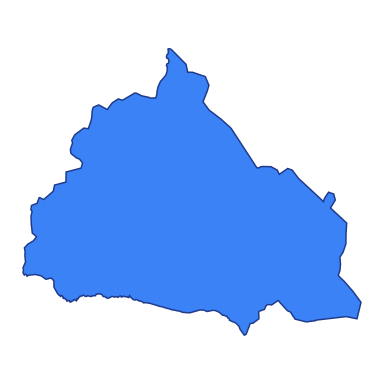 Kirfi, Bauchi, Nigeria
{"feature_id": "59680162B60638866528984", "entity_name": "Kirfi", "entity_type": "district", "adm_level": 2, "iso_a3": "NGA", "parent_name": "Nigeria", "parent_adm1": "Bauchi", "projection": "natural_earth1", "projection_center": [10.416, 10.451], "detail": "fine", "context": "isolated", "style": "filled", "palette": "blue", "viewbox_px": 384, "rotation_deg": 0, "n_neighbors": 0, "source": "geoboundaries", "source_scale": "gbopen_adm2", "svg_char_len": 5619}
<svg xmlns="http://www.w3.org/2000/svg" viewBox="0 0 384 384"><path d="M357.0,318.8L361.0,302.3L357.3,297.3L352.9,291.3L344.0,281.1L339.8,277.2L338.3,275.3L339.9,270.6L340.5,264.4L339.9,257.2L343.0,252.4L345.9,243.9L346.0,234.4L346.0,234.2L346.4,227.6L346.5,225.8L346.7,223.1L330.5,208.0L335.3,200.0L333.7,194.0L328.6,192.2L324.5,198.3L323.5,201.6L298.5,178.4L292.2,170.1L287.7,168.5L279.3,174.3L277.3,170.1L271.0,166.7L267.1,166.6L263.5,166.5L260.8,166.7L258.7,168.0L256.8,167.7L231.1,128.3L221.3,119.4L209.1,110.1L203.0,101.8L207.2,91.2L208.9,85.3L205.3,76.6L192.6,72.3L187.7,72.2L186.0,64.3L171.5,49.6L169.9,48.8L168.3,48.8L167.9,49.4L168.2,50.2L168.5,51.0L168.1,51.9L168.5,52.6L168.0,53.9L167.4,54.1L166.9,55.1L166.5,56.2L166.5,57.4L166.9,58.1L167.5,58.2L168.3,58.7L168.4,59.7L168.9,60.5L168.9,61.3L168.7,62.4L168.3,63.5L167.7,63.5L167.2,63.6L166.7,64.5L166.4,65.4L167.3,67.5L167.1,71.3L166.0,74.8L163.6,78.0L160.6,81.2L159.7,83.1L158.0,87.0L157.1,91.1L156.9,94.0L155.8,97.9L150.5,98.1L149.0,97.4L141.6,95.8L136.7,93.3L135.3,93.1L134.8,93.0L122.4,100.3L118.4,98.9L112.4,102.7L107.2,109.5L98.7,104.9L93.2,107.3L92.2,110.7L91.7,118.1L90.5,122.4L88.3,128.7L83.8,128.1L77.3,132.9L74.6,135.0L71.8,140.4L72.6,142.9L70.4,149.2L70.8,153.0L71.9,154.3L76.6,158.0L79.5,159.1L82.5,162.9L81.1,168.1L66.1,172.0L65.9,182.1L54.6,185.0L53.3,191.2L49.5,194.5L47.2,196.5L43.7,199.5L41.8,198.6L39.5,197.6L39.3,197.6L39.2,197.6L37.1,203.3L31.5,205.5L30.9,209.7L32.1,211.6L31.0,216.1L31.3,224.2L32.3,233.1L34.6,235.0L36.5,237.0L33.2,241.0L27.9,244.1L24.4,247.8L25.1,251.6L24.9,255.6L25.5,262.0L23.0,267.8L23.3,268.9L23.4,270.7L23.1,271.7L23.1,273.1L23.8,274.2L24.3,275.0L25.0,274.3L25.5,274.1L26.4,274.7L26.6,275.7L27.1,276.2L28.6,275.2L35.3,274.5L41.1,275.8L46.0,279.3L49.1,278.5L51.3,278.1L53.9,280.9L54.0,287.3L57.5,293.5L58.2,294.3L58.9,295.1L59.5,295.5L59.8,295.7L60.5,295.5L60.5,296.0L60.6,296.4L60.9,296.2L61.0,295.9L61.3,295.5L61.6,295.7L62.1,296.0L62.5,296.1L62.9,296.6L62.8,297.1L62.9,297.5L63.2,297.4L63.5,297.6L63.5,298.0L63.5,298.4L64.1,298.6L64.7,298.5L65.1,298.5L65.3,298.9L65.6,299.3L66.1,299.5L66.4,299.6L66.5,299.7L66.6,300.0L66.6,300.5L66.7,300.8L66.9,301.1L67.1,301.1L67.5,300.9L67.8,300.9L68.2,300.7L68.4,300.7L68.5,300.6L68.8,300.5L69.2,300.6L69.4,300.8L69.5,301.0L69.6,301.3L69.9,301.2L70.1,301.3L70.0,301.6L70.1,301.9L70.2,302.1L70.8,302.0L71.3,301.7L71.8,301.4L72.3,301.1L72.9,300.9L73.2,300.6L73.5,300.3L73.5,300.0L73.6,299.7L73.8,299.6L74.1,299.6L74.3,299.7L74.7,299.9L75.2,300.1L75.4,300.3L75.6,300.4L75.8,300.6L76.1,300.8L76.3,300.9L76.5,300.7L76.9,300.2L77.0,299.9L76.9,299.6L76.7,299.4L76.7,299.2L76.7,298.8L77.0,298.9L77.4,298.7L77.7,298.7L77.9,298.8L78.3,298.7L78.5,298.5L78.5,298.3L78.5,297.9L78.6,297.6L78.7,297.3L78.9,297.1L79.2,297.1L79.4,297.0L79.7,296.9L79.7,296.7L79.8,296.4L79.9,296.2L80.1,296.1L80.3,296.0L80.6,296.1L80.9,296.1L81.3,296.1L81.7,296.1L82.0,296.0L82.3,295.8L82.5,295.6L82.7,295.4L82.9,295.3L83.2,295.2L83.5,295.2L83.8,295.3L84.1,295.4L84.3,295.6L84.4,295.8L84.6,296.0L84.8,296.1L85.0,296.2L85.2,296.4L85.5,296.4L85.8,296.4L86.2,296.3L86.4,296.4L86.7,296.4L86.8,296.2L87.0,296.0L87.2,295.9L87.4,295.7L87.6,295.8L87.9,295.9L88.2,295.9L88.6,295.9L88.8,296.0L89.1,296.0L89.3,296.1L89.6,296.2L89.8,296.4L90.1,296.4L90.4,296.4L90.7,296.4L90.8,296.5L91.0,296.5L91.2,296.3L91.4,296.4L91.5,296.4L91.7,296.2L92.0,296.1L92.3,295.9L92.5,295.9L92.5,296.0L92.8,295.9L93.3,295.7L93.5,295.7L93.8,295.7L94.0,295.6L94.5,295.7L94.8,295.7L95.0,295.7L95.5,295.7L95.6,295.3L95.5,295.2L95.8,294.8L95.9,294.5L96.1,294.5L96.4,294.3L96.6,294.3L96.9,294.2L97.2,294.2L97.4,294.3L97.7,294.2L97.9,294.1L98.1,294.0L98.3,293.8L98.4,293.7L98.6,293.7L98.8,293.8L99.0,293.8L99.4,293.8L99.6,293.7L100.1,294.0L100.7,294.1L101.3,294.2L101.8,294.7L102.4,295.1L102.7,295.6L103.0,296.3L103.3,296.5L103.7,296.6L104.2,296.4L104.7,296.5L105.0,296.6L105.2,296.9L105.5,296.9L105.9,297.2L106.1,297.6L106.5,297.7L106.7,298.0L107.2,298.0L108.0,298.3L109.8,297.6L110.9,296.9L112.0,296.5L113.4,296.6L114.6,297.2L115.6,296.6L116.5,296.8L117.6,297.2L117.9,297.3L118.3,297.2L118.6,297.0L118.8,296.7L119.1,296.6L119.4,296.3L119.6,296.1L119.9,296.1L120.2,296.0L120.6,295.9L120.8,296.1L120.9,296.3L121.1,296.6L121.1,296.9L121.4,297.1L121.7,297.0L122.0,296.9L122.2,296.7L122.5,296.6L122.8,296.5L123.0,296.3L123.4,296.2L123.5,296.2L123.7,296.4L123.9,296.6L124.2,296.5L124.7,296.5L125.2,296.6L125.5,296.7L125.9,296.8L126.1,296.9L126.5,296.7L126.9,296.8L127.2,296.9L127.3,297.1L127.8,297.2L128.0,297.3L128.3,297.4L128.6,297.5L128.9,297.5L129.1,297.1L129.1,296.4L129.1,296.2L129.3,296.0L129.6,295.6L130.3,296.9L131.0,297.4L131.8,298.3L132.9,299.3L133.6,299.8L134.6,299.9L135.5,300.0L135.9,299.6L137.1,299.8L138.1,300.5L139.6,301.1L141.0,301.2L142.3,301.8L143.4,302.8L144.0,302.9L144.7,302.8L145.8,302.6L146.6,302.7L147.6,303.0L149.4,303.2L155.9,305.1L159.1,306.2L162.1,306.8L164.8,307.7L167.4,308.4L169.7,309.0L171.9,309.8L174.9,310.2L176.2,310.6L179.7,311.2L182.6,312.3L185.9,312.6L189.9,312.8L199.9,310.0L203.7,310.1L207.1,311.5L212.4,310.4L214.8,310.4L217.4,311.4L219.4,312.4L220.8,313.6L221.7,314.4L222.6,315.2L224.4,315.4L225.7,316.1L226.8,316.2L227.7,317.8L228.9,318.5L229.4,319.4L229.4,320.2L230.6,320.8L233.4,322.0L235.6,322.9L237.2,324.4L238.9,326.2L239.4,327.5L240.2,329.5L244.3,335.2L246.2,334.2L246.8,332.5L250.2,323.5L251.7,323.2L252.9,323.3L258.9,318.8L258.7,312.4L259.1,311.3L264.4,309.4L266.2,305.5L267.7,304.6L270.3,304.7L271.7,304.9L278.1,300.5L287.4,310.7L290.6,312.1L293.3,316.6L293.6,316.7L295.0,319.1L306.3,321.9L315.8,320.6L316.0,320.1L346.3,316.6L357.0,318.8Z" fill="#3b82f6" stroke="#1e3a8a" stroke-width="1.5"/></svg>